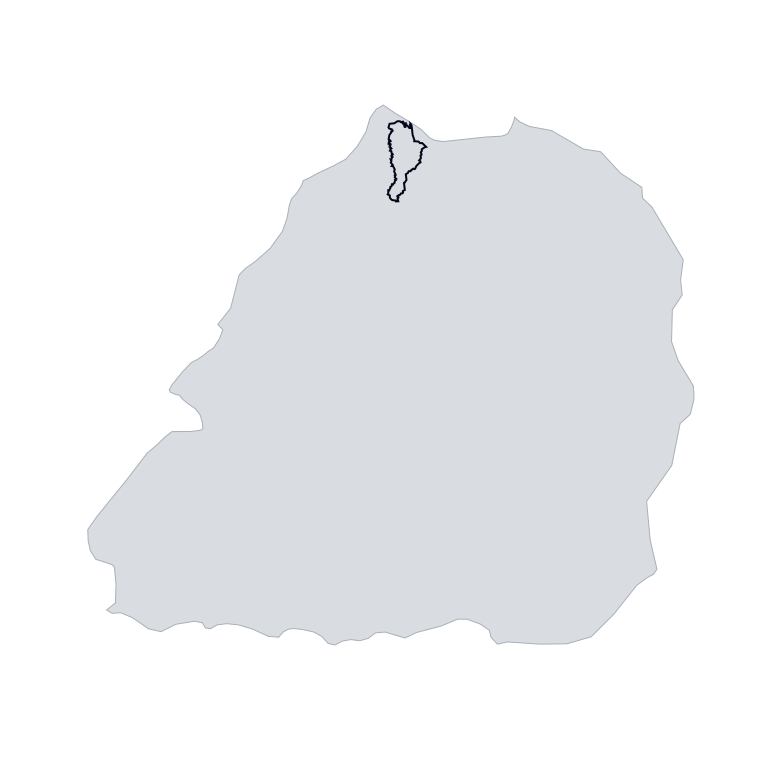 Rincón, Treinta y Tres, Uruguay shown in context, rotated 264°
{"feature_id": "84410073B13933274344370", "entity_name": "Rincón", "entity_type": "district", "adm_level": 2, "iso_a3": "URY", "parent_name": "Uruguay", "parent_adm1": "Treinta y Tres", "projection": "natural_earth1", "projection_center": [-53.628, -32.866], "detail": "medium", "context": "in_parent", "style": "outline", "palette": "ink", "viewbox_px": 768, "rotation_deg": 264, "n_neighbors": 0, "source": "geoboundaries", "source_scale": "gbopen_adm2", "svg_char_len": 3720}
<svg xmlns="http://www.w3.org/2000/svg" viewBox="0 0 768 768"><g transform="rotate(264 384 384)"><path d="M635.7,541.7L630.6,546.4L625.0,555.4L618.6,577.0L596.8,606.9L592.4,623.7L569.0,641.2L552.6,661.0L541.8,660.5L532.1,668.9L476.3,694.6L456.3,689.8L441.4,689.9L427.6,678.5L396.1,674.4L376.4,679.0L349.9,691.4L342.0,691.2L336.2,690.6L321.8,685.4L313.9,674.4L273.0,661.7L239.9,632.9L201.0,632.4L171.3,636.1L166.7,632.3L163.6,624.9L157.3,614.2L131.3,588.8L110.9,563.5L106.5,538.7L109.0,511.7L114.6,479.7L113.4,469.7L120.8,464.0L128.2,462.9L135.2,454.6L141.4,442.1L142.4,432.6L137.2,415.0L133.5,390.5L129.2,378.3L137.2,359.1L137.4,349.7L132.6,341.4L131.2,333.0L133.3,324.3L132.7,315.9L129.6,307.9L131.8,301.3L139.3,296.0L144.8,288.0L148.4,277.1L150.2,268.9L150.2,263.2L147.9,257.8L143.2,252.7L145.2,242.6L154.0,227.6L159.6,214.2L162.1,202.5L161.9,193.0L158.8,185.8L160.0,181.0L165.5,178.4L167.9,170.8L166.8,152.0L161.0,136.4L165.2,124.1L177.6,109.8L184.0,98.3L184.4,89.6L188.3,84.5L194.3,94.0L212.2,96.5L230.0,96.8L232.9,94.5L239.8,79.0L249.0,74.5L259.1,73.4L270.2,74.2L282.0,84.4L315.4,117.9L340.0,141.2L347.5,152.2L354.0,160.4L358.8,168.1L356.9,188.0L357.3,196.7L358.4,199.2L364.0,199.4L372.2,198.0L379.1,193.8L384.5,187.4L389.8,182.2L394.1,179.4L395.6,175.2L398.1,170.8L400.6,169.8L405.4,173.1L416.8,184.5L425.7,195.0L427.9,201.0L431.3,207.3L434.9,212.7L437.5,218.1L446.1,225.0L454.8,229.4L460.6,224.9L475.4,239.4L507.8,251.4L513.8,258.8L519.5,269.1L530.8,284.9L546.5,299.0L559.2,305.0L571.3,308.4L578.1,311.5L582.7,317.0L590.1,322.8L594.8,325.0L596.4,330.2L601.1,341.6L606.1,356.1L611.6,369.5L623.3,382.4L636.6,392.4L650.4,398.1L658.1,405.1L661.5,412.4L652.2,423.3L642.1,436.9L633.2,447.6L624.0,455.1L621.0,460.2L618.9,468.2L619.0,510.6L618.2,526.3L618.9,530.5L620.2,533.3L626.0,537.5L632.9,541.0L635.7,541.7Z" fill="#d9dde1" stroke="#a8b0b8" stroke-width="1"/><path d="M623.7,413.9L622.4,413.7L622.4,414.4L621.5,415.0L621.8,415.5L621.2,415.6L620.2,414.4L619.4,414.3L619.3,414.8L617.7,415.9L617.4,414.9L616.3,415.1L615.4,414.3L614.8,415.6L612.9,415.7L611.5,416.8L610.9,416.2L611.2,415.8L610.4,415.3L609.5,415.2L608.8,416.2L607.7,415.1L605.6,414.7L605.9,414.3L604.8,414.6L603.5,413.9L600.9,415.6L600.0,414.6L599.8,415.7L596.4,417.1L594.4,416.3L590.8,417.5L590.4,416.5L589.4,416.8L588.6,416.3L586.7,417.7L586.1,416.5L585.4,416.9L584.8,416.0L582.9,415.5L582.3,414.3L581.5,413.9L581.8,412.8L580.0,412.2L579.2,410.8L578.4,410.9L575.9,409.3L576.2,408.5L573.3,408.2L572.2,407.5L570.9,409.5L568.7,409.3L566.9,410.4L566.0,411.5L565.2,414.9L564.3,415.1L564.5,416.1L564.2,416.6L564.2,417.3L566.8,416.8L567.7,417.8L568.4,417.9L568.9,416.9L569.3,416.8L570.2,418.1L570.5,419.8L571.7,420.7L571.7,422.2L572.2,422.9L573.9,422.9L574.8,425.0L581.9,424.9L582.1,425.6L584.6,427.7L590.3,427.6L591.3,429.7L593.0,430.8L592.9,432.7L594.3,433.8L594.3,434.6L595.1,435.6L594.5,437.0L594.7,437.4L597.5,439.0L600.0,442.1L600.6,443.5L601.7,443.4L602.6,442.3L604.7,444.3L607.4,444.2L608.0,445.2L608.8,445.3L610.5,444.8L611.9,446.0L613.5,446.1L615.1,449.1L615.4,450.7L619.6,447.2L619.8,444.9L621.5,443.7L622.3,439.5L622.9,439.8L628.8,438.5L636.4,438.5L639.3,438.1L639.8,437.7L639.2,437.8L639.5,437.3L640.0,437.7L639.7,437.3L638.8,437.2L638.2,438.2L637.8,438.0L638.2,437.1L635.8,437.5L635.9,436.0L637.9,434.8L638.7,433.4L639.7,433.5L640.3,432.5L641.0,432.8L641.0,432.3L639.3,432.5L638.7,431.7L637.5,431.9L637.6,431.4L639.8,431.0L642.1,429.3L642.7,429.8L641.9,430.9L642.9,430.4L642.7,428.2L643.6,427.3L643.9,424.8L642.2,421.5L642.2,416.7L638.7,415.3L637.6,415.8L636.3,418.6L634.9,419.1L634.4,418.5L634.4,417.6L633.3,417.4L631.1,415.4L627.0,414.2L625.4,414.5L625.9,415.3L624.9,416.0L623.7,413.9Z" fill="none" stroke="#020617" stroke-width="2"/></g></svg>